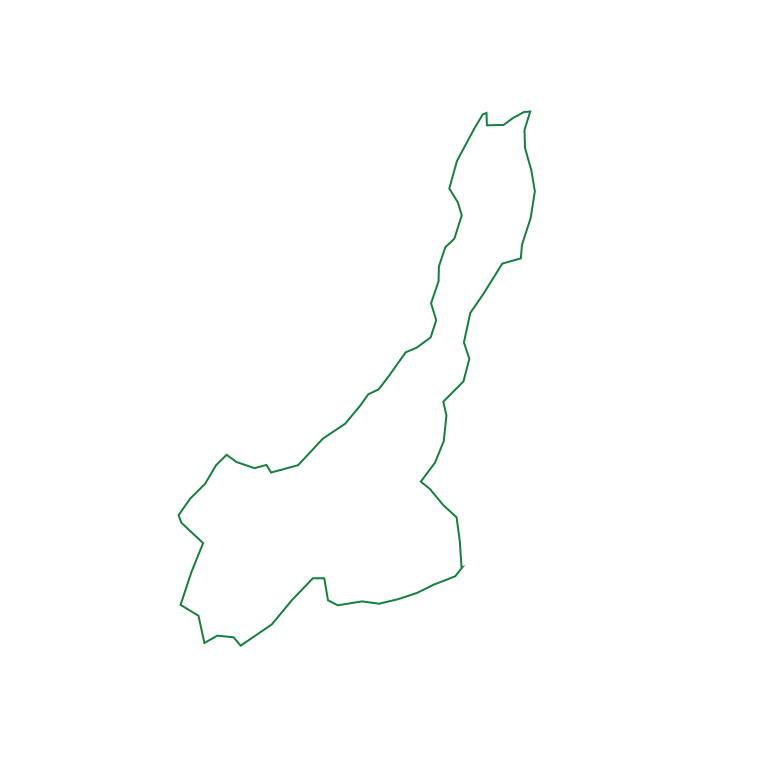 the district of Hallsberg, Orebro, Sweden, rotated 112°
{"feature_id": "70781695B5690265718253", "entity_name": "Hallsberg", "entity_type": "district", "adm_level": 2, "iso_a3": "SWE", "parent_name": "Sweden", "parent_adm1": "Orebro", "projection": "equal_earth", "projection_center": [15.203, 59.02], "detail": "fine", "context": "isolated", "style": "outline", "palette": "green", "viewbox_px": 768, "rotation_deg": 112, "n_neighbors": 0, "source": "geoboundaries", "source_scale": "gbopen_adm2", "svg_char_len": 1167}
<svg xmlns="http://www.w3.org/2000/svg" viewBox="0 0 768 768"><g transform="rotate(112 384 384)"><path d="M575.0,523.6L582.7,525.3L588.6,519.8L599.3,492.1L630.4,492.1L665.0,489.9L668.4,469.2L691.4,453.5L679.8,444.3L675.2,428.6L680.3,418.9L649.0,398.0L618.3,388.2L590.7,377.1L586.5,366.6L605.5,354.9L606.5,343.9L593.8,323.0L589.5,306.1L577.9,289.9L565.2,275.0L551.4,262.7L535.6,245.9L524.5,242.7L525.1,243.4L502.0,254.5L480.5,266.7L474.0,283.9L464.1,302.1L460.8,313.3L437.7,307.2L414.6,307.2L389.8,314.3L378.2,322.4L351.8,311.3L328.7,314.3L315.5,325.5L285.8,330.6L262.7,325.5L228.0,319.4L216.3,304.2L203.3,308.2L175.2,310.2L148.8,316.3L130.6,327.5L112.3,341.7L95.8,348.9L76.6,350.5L79.3,356.0L89.1,364.1L99.0,370.2L105.6,385.5L94.3,390.5L96.9,393.4L113.8,396.0L149.8,399.9L178.3,396.7L187.9,383.6L198.5,375.1L222.8,373.2L234.4,378.4L254.5,377.1L268.3,371.9L291.5,370.6L305.3,359.5L323.3,358.2L338.0,367.3L346.5,375.8L374.0,382.3L390.9,386.9L399.4,394.7L413.1,398.0L435.3,405.1L457.5,420.2L491.4,433.2L508.4,455.5L503.1,462.7L510.5,472.5L511.6,491.6L508.6,503.4L522.2,509.3L543.6,512.5L562.7,520.7L575.0,523.6Z" fill="none" stroke="#15803d" stroke-width="2"/></g></svg>